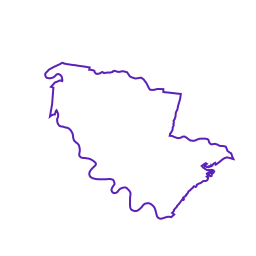 the district of Branesti, Gorj, Romania, rotated 134°
{"feature_id": "2599482B28130291705267", "entity_name": "Branesti", "entity_type": "district", "adm_level": 2, "iso_a3": "ROU", "parent_name": "Romania", "parent_adm1": "Gorj", "projection": "albers", "projection_center": [23.464, 44.658], "detail": "fine", "context": "isolated", "style": "outline", "palette": "violet", "viewbox_px": 256, "rotation_deg": 134, "n_neighbors": 0, "source": "geoboundaries", "source_scale": "gbopen_adm2", "svg_char_len": 5652}
<svg xmlns="http://www.w3.org/2000/svg" viewBox="0 0 256 256"><g transform="rotate(134 128 128)"><path d="M126.7,220.6L129.6,221.4L135.4,223.7L140.5,225.3L141.3,225.4L145.7,225.3L146.2,225.3L146.6,225.1L147.4,224.4L148.1,223.0L148.4,222.0L148.4,221.5L148.2,221.2L147.3,219.6L146.2,218.4L143.4,216.8L140.8,216.5L139.3,216.6L138.3,216.2L137.8,215.8L137.2,214.9L136.9,213.7L136.9,212.7L137.1,211.6L137.7,210.4L138.2,209.7L139.1,208.6L139.7,208.0L140.0,207.9L140.5,209.0L140.4,209.1L140.9,209.9L144.0,211.2L145.7,212.1L146.4,212.2L147.4,212.1L151.9,212.0L150.8,209.7L157.0,204.6L157.6,204.1L160.1,202.0L163.5,199.2L174.0,192.1L171.8,191.8L171.6,191.6L170.7,191.3L170.1,190.9L169.0,190.0L168.2,190.5L167.3,190.9L166.4,191.5L165.8,191.7L164.9,191.7L165.2,190.9L166.2,188.5L166.7,187.7L167.2,187.2L168.2,186.4L169.1,185.8L170.8,185.2L171.4,184.7L172.9,182.8L173.3,182.1L173.7,181.2L174.0,179.7L174.0,179.0L173.8,178.1L173.4,177.3L171.9,175.3L171.6,174.3L169.9,171.6L169.5,170.5L169.4,169.1L169.5,167.2L170.5,164.0L171.8,162.2L173.1,160.6L174.3,158.6L174.5,157.6L174.5,155.3L174.2,153.6L174.4,152.0L174.5,151.5L175.4,149.8L176.5,148.3L177.5,147.2L178.6,146.3L180.6,145.0L181.7,143.9L181.9,142.9L181.9,142.6L181.7,141.1L180.9,139.6L180.1,138.9L177.3,135.0L176.5,133.2L176.0,131.5L175.7,130.0L175.6,127.1L175.9,126.5L176.5,125.8L177.6,125.5L182.7,125.7L185.5,125.3L187.0,124.7L188.3,123.6L189.2,121.8L189.2,121.5L189.2,120.7L188.8,118.8L187.7,116.8L186.8,115.3L183.6,111.7L180.2,108.3L177.2,105.6L176.0,103.6L175.8,103.1L175.8,102.1L175.9,101.6L176.2,100.9L177.1,99.4L177.5,98.9L178.0,98.6L180.7,98.2L181.9,97.9L183.4,97.3L184.0,96.9L184.4,96.3L184.7,95.8L184.9,95.2L184.9,94.6L184.9,93.5L184.8,93.1L184.7,92.9L183.1,91.7L182.3,91.3L181.4,91.2L178.5,91.5L177.4,91.4L176.1,91.0L174.5,90.2L173.6,89.6L172.6,88.5L172.3,88.0L172.1,87.5L172.2,83.6L172.3,82.9L173.0,81.2L173.4,80.6L176.8,78.0L182.2,72.9L183.6,71.2L184.0,70.4L184.4,69.2L184.4,68.8L184.2,67.9L183.7,66.6L183.1,65.5L182.6,64.9L182.1,64.5L181.1,63.9L180.4,63.7L178.1,63.3L175.3,63.2L173.0,63.5L171.2,63.4L170.7,63.2L169.2,62.2L168.2,61.4L167.6,60.7L167.2,59.9L166.8,58.4L166.6,56.5L166.7,54.6L167.0,53.5L167.7,51.8L169.5,48.8L171.0,46.5L171.3,45.9L171.6,44.5L171.6,43.7L171.2,42.5L170.8,41.8L170.2,41.1L166.2,38.9L164.6,38.0L163.4,36.9L162.4,35.6L162.2,35.1L162.1,34.9L161.1,34.9L159.1,34.7L158.1,34.7L158.5,37.3L155.8,37.3L155.5,37.5L155.1,38.0L154.2,38.1L150.5,38.2L150.2,38.3L149.9,38.6L147.3,38.6L141.8,39.3L141.7,38.9L141.8,38.7L141.4,38.4L141.2,38.1L140.7,38.2L140.4,38.3L140.1,38.6L140.0,38.8L140.3,39.2L140.2,39.7L140.0,39.9L139.4,39.9L139.1,39.7L138.1,39.7L137.2,39.3L136.1,39.3L136.0,39.7L135.9,39.8L135.3,39.7L134.3,39.9L133.7,39.7L132.4,40.1L131.6,40.5L129.9,40.1L129.6,40.1L129.1,40.0L128.6,40.1L127.9,40.1L126.2,39.9L125.0,40.0L124.3,40.2L124.0,39.9L123.4,38.4L123.1,38.2L121.9,38.5L121.1,39.1L120.5,39.0L118.3,38.2L117.8,37.8L117.0,37.5L114.2,37.1L113.7,36.8L112.6,35.7L111.6,35.1L110.8,34.8L110.3,34.8L108.9,35.3L108.0,35.9L108.1,36.1L108.3,37.6L106.7,37.4L105.9,36.6L105.6,36.1L105.3,35.2L105.1,34.9L104.7,34.6L104.3,34.6L104.0,35.1L102.6,35.6L101.9,35.6L100.6,35.5L99.3,35.9L99.4,36.2L101.5,36.7L102.6,37.0L102.8,37.3L105.7,38.2L105.7,38.3L105.2,38.9L106.2,39.3L106.1,39.6L105.9,39.6L102.7,38.8L101.9,38.3L100.0,37.9L99.5,37.9L100.2,39.1L100.9,39.3L101.3,39.6L101.8,40.6L103.0,41.4L103.4,42.1L103.9,43.9L103.9,44.5L103.9,44.9L104.2,45.9L104.1,47.4L104.1,48.6L101.9,48.2L100.5,48.0L99.3,47.6L99.3,47.1L99.1,46.4L101.7,46.7L101.8,46.7L102.1,46.1L102.0,45.9L101.7,45.5L101.4,44.7L101.3,44.1L100.9,43.7L99.8,43.5L99.4,43.2L99.5,43.1L100.1,43.2L100.1,42.8L99.1,42.3L98.5,42.2L98.0,42.4L97.7,42.4L97.6,42.0L97.4,42.1L97.6,41.6L96.5,41.2L95.2,41.6L94.2,41.6L92.5,41.0L93.5,39.5L92.7,39.2L89.4,38.7L84.4,38.1L82.5,37.6L81.8,37.1L80.7,36.7L80.4,36.4L80.0,35.7L78.7,33.7L77.8,31.8L77.1,30.6L76.3,32.8L74.7,35.9L74.6,36.3L74.7,36.8L75.1,38.1L75.3,40.7L75.2,41.1L74.3,42.6L74.0,43.7L73.6,44.4L73.5,44.7L73.8,45.4L74.9,47.0L76.9,49.3L77.4,50.4L77.7,51.9L78.9,54.3L79.3,54.7L80.5,55.6L81.7,56.5L82.0,56.9L82.1,57.4L82.1,59.1L82.0,59.6L81.2,60.8L80.7,62.1L80.7,62.5L80.9,63.3L82.2,65.3L83.0,66.0L85.6,68.7L86.2,69.2L87.4,69.7L87.9,70.1L90.2,70.9L90.6,71.1L92.3,72.6L92.9,73.6L93.7,74.4L93.7,75.0L93.9,75.9L94.1,77.1L94.2,78.6L94.3,79.4L94.6,80.1L94.7,81.1L94.9,81.3L96.1,82.6L96.7,82.9L97.5,83.0L98.5,83.4L100.1,84.5L100.6,85.1L101.1,85.9L102.4,88.6L102.9,90.4L103.7,91.5L104.6,92.6L103.7,93.0L103.4,93.3L102.9,93.8L101.8,93.7L99.8,94.3L98.9,94.4L97.7,95.2L96.9,96.0L96.3,96.3L94.4,96.9L93.9,97.5L93.6,98.2L92.6,98.5L91.8,99.3L91.5,99.5L91.4,100.0L91.0,100.3L89.1,100.6L88.8,100.9L87.0,101.6L84.6,103.6L83.6,104.3L82.8,104.6L80.6,105.3L79.4,105.9L77.7,107.1L75.2,108.5L71.0,110.6L66.8,113.7L68.6,115.9L74.0,123.0L77.6,127.5L75.5,129.6L79.5,134.0L82.7,135.9L84.7,138.1L85.1,138.7L85.1,139.1L85.0,140.0L83.2,145.2L82.8,146.5L82.7,147.1L82.6,148.3L82.2,150.3L82.2,151.0L82.7,153.6L86.5,156.4L87.4,157.3L88.8,160.1L89.4,161.8L89.6,162.5L89.4,163.5L88.9,165.7L88.6,167.5L90.1,170.2L90.8,171.2L91.9,172.1L93.3,172.9L94.5,174.1L95.3,175.5L96.1,177.2L96.4,177.6L97.0,178.0L97.6,178.2L98.4,178.0L98.9,178.4L100.4,179.2L100.9,179.7L101.9,180.9L103.4,182.0L104.4,183.0L104.7,183.1L105.0,183.2L105.3,183.7L105.4,184.1L105.4,184.8L105.4,185.1L105.7,185.4L106.4,185.8L107.8,186.0L108.4,186.3L109.8,187.2L110.9,188.2L111.1,188.8L111.1,189.9L111.0,190.3L111.0,190.7L110.4,191.6L110.3,192.2L110.7,193.1L112.4,195.8L113.0,196.3L111.1,197.7L112.0,198.9L113.0,200.5L118.2,207.6L119.1,209.1L120.0,210.2L121.6,212.3L125.0,217.1L126.2,219.1L126.1,219.3L126.7,220.6Z" fill="none" stroke="#5b21b6" stroke-width="2"/></g></svg>